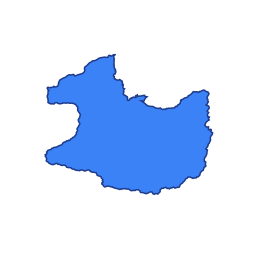 El Tambo, Nariño, Colombia (Natural Earth projection), rotated 63°
{"feature_id": "7082276B27137373904269", "entity_name": "El Tambo", "entity_type": "district", "adm_level": 2, "iso_a3": "COL", "parent_name": "Colombia", "parent_adm1": "Nariño", "projection": "natural_earth1", "projection_center": [-77.398, 1.43], "detail": "fine", "context": "isolated", "style": "filled", "palette": "blue", "viewbox_px": 256, "rotation_deg": 63, "n_neighbors": 0, "source": "geoboundaries", "source_scale": "gbopen_adm2", "svg_char_len": 5859}
<svg xmlns="http://www.w3.org/2000/svg" viewBox="0 0 256 256"><g transform="rotate(63 128 128)"><path d="M180.8,65.5L180.3,65.3L179.5,64.2L178.9,64.0L178.5,62.7L176.2,59.9L174.0,59.1L172.5,57.3L172.2,56.1L170.8,54.8L170.5,54.8L169.4,55.6L168.5,55.8L167.9,54.8L167.0,54.7L166.6,55.1L166.6,56.4L166.2,56.9L165.8,57.2L165.4,56.7L163.5,55.8L162.7,57.8L160.4,58.3L158.5,56.2L157.8,53.8L157.7,52.0L155.7,52.1L155.5,50.9L155.2,50.5L154.1,51.6L153.6,51.8L151.8,50.8L150.8,49.1L149.1,49.9L148.2,48.8L147.5,47.1L146.9,46.5L146.2,46.2L144.9,46.3L144.0,47.0L143.5,47.9L142.9,48.0L142.6,46.7L141.0,44.4L140.1,44.7L138.7,43.8L137.9,44.1L137.0,44.0L135.8,42.6L134.6,40.6L133.9,40.2L132.1,40.5L130.6,42.1L129.2,42.6L128.7,43.1L128.3,44.3L128.4,46.6L127.9,47.8L128.3,48.4L127.7,49.2L127.8,49.9L126.9,50.3L126.4,51.7L125.3,53.2L125.4,53.9L126.2,55.4L126.7,57.5L126.7,59.8L127.4,60.6L127.4,62.3L127.0,63.3L127.0,64.7L127.3,66.5L127.0,67.4L127.1,68.3L127.3,68.5L127.8,68.2L128.3,69.2L129.9,70.6L129.9,71.3L130.1,71.5L130.1,73.1L130.5,74.1L131.0,74.4L130.4,75.8L130.7,76.2L130.7,77.0L131.1,77.7L131.1,78.1L130.1,79.7L129.8,81.0L128.7,83.1L128.5,84.2L128.0,84.9L128.1,85.4L128.6,86.0L127.5,87.3L127.1,89.0L125.3,90.0L124.9,90.0L124.3,92.3L123.4,93.2L123.0,94.1L121.0,95.4L119.7,96.6L119.3,97.7L118.4,98.7L117.9,99.7L117.2,100.4L111.6,102.8L109.8,103.9L110.4,102.8L111.2,102.1L111.2,101.5L109.9,100.0L109.1,98.2L108.8,96.9L107.1,98.9L106.4,98.5L105.7,100.3L105.6,101.4L104.5,103.8L104.2,105.2L102.8,104.7L102.9,105.4L102.7,106.1L102.8,106.6L104.3,107.0L104.1,107.8L103.2,108.5L102.8,109.3L103.1,110.4L102.8,111.0L103.1,111.1L103.2,111.7L102.7,112.7L103.7,113.9L103.7,115.1L103.2,115.6L102.7,115.8L102.1,115.2L101.6,115.2L100.6,114.6L100.3,114.8L99.6,114.5L98.3,115.5L97.7,115.6L97.2,116.3L95.4,116.8L93.9,115.2L93.1,115.3L92.6,114.7L91.9,114.5L91.5,113.3L90.7,114.0L89.9,114.2L88.9,113.8L87.6,112.6L87.2,112.7L87.2,113.4L86.7,113.5L86.7,113.1L85.7,112.5L84.6,112.3L84.1,112.5L83.6,112.0L83.3,112.5L82.0,112.8L81.0,113.5L81.2,114.6L80.7,115.1L80.5,115.8L79.4,116.8L78.6,116.9L78.2,117.7L76.9,117.5L76.0,116.8L75.7,117.1L74.5,117.1L73.7,116.2L74.0,114.8L73.0,114.0L72.7,113.5L72.0,113.2L71.1,113.5L70.8,112.8L70.2,112.7L68.7,112.9L66.3,112.4L65.8,111.7L64.9,111.8L64.3,111.2L62.5,110.4L61.9,109.8L60.9,109.6L60.0,108.7L59.3,108.9L58.1,108.3L57.6,108.4L57.1,107.5L57.1,106.6L56.8,106.3L56.2,107.5L56.4,110.3L55.0,111.3L54.7,111.9L54.8,112.6L55.7,113.4L55.8,114.2L54.1,116.9L53.0,120.4L52.6,123.0L52.9,123.5L53.0,125.8L52.8,127.5L52.1,129.1L52.2,130.1L52.5,130.9L52.4,132.7L53.8,136.7L54.0,138.6L54.9,139.6L55.9,140.1L56.9,140.2L57.6,140.8L58.4,142.0L58.7,144.0L57.8,148.9L57.7,151.1L57.1,152.0L55.8,152.0L55.4,152.4L54.9,154.8L54.0,155.9L53.8,156.8L53.9,158.8L54.4,160.4L54.1,163.2L54.4,167.1L56.2,169.4L57.7,170.2L58.6,171.4L58.7,172.3L58.7,173.3L58.3,174.6L57.2,175.1L57.5,176.2L57.4,177.0L56.8,178.4L56.5,179.8L55.4,180.7L55.4,181.5L55.9,181.9L57.6,182.0L58.7,181.6L59.0,182.6L61.7,184.0L61.8,184.4L62.2,184.6L62.7,185.4L64.2,186.0L65.4,185.9L66.1,186.4L68.0,186.9L68.5,187.6L69.4,187.6L70.1,187.0L70.4,186.4L70.7,186.5L70.9,186.2L71.5,185.9L71.7,185.1L73.0,183.0L72.5,181.9L72.9,180.1L73.3,179.7L74.2,179.3L75.3,178.1L76.0,176.4L76.5,173.7L77.7,172.0L78.2,170.3L79.4,168.8L80.6,166.4L81.8,165.1L82.4,164.8L82.8,164.1L85.3,163.7L86.4,163.3L89.4,164.8L90.6,164.8L94.2,164.3L96.6,166.2L97.9,168.4L98.3,168.7L100.0,169.1L102.2,168.8L104.5,172.0L105.3,173.5L105.8,173.9L107.4,174.1L107.8,174.5L108.6,176.1L110.2,177.0L110.7,178.6L111.6,179.8L111.3,181.1L111.8,182.8L111.7,183.8L112.6,185.6L111.9,186.5L112.1,187.2L111.6,188.5L112.0,190.6L111.6,191.1L111.6,192.0L111.8,192.8L112.8,194.4L112.9,195.3L112.5,196.8L112.5,200.5L111.7,202.8L111.8,204.0L111.5,205.1L112.2,206.4L111.7,208.0L111.8,209.2L111.6,209.7L111.9,210.3L112.5,210.7L112.5,211.4L113.6,211.7L114.1,212.1L114.2,213.7L114.9,213.5L114.9,214.0L115.6,214.6L116.7,214.3L118.4,214.3L119.9,215.6L120.4,215.8L122.3,214.6L123.7,214.3L125.9,212.5L126.8,211.0L126.9,207.8L127.9,207.1L128.3,207.1L129.0,206.1L129.3,205.5L130.3,205.0L131.5,203.7L131.8,202.4L132.3,201.4L133.8,200.5L135.0,200.5L136.4,198.9L137.2,197.2L137.9,196.8L138.8,196.6L139.6,195.8L140.2,194.7L141.4,194.2L142.9,192.3L143.4,191.1L144.1,190.5L144.0,189.1L144.5,188.0L146.6,186.2L146.9,185.6L147.1,182.9L147.5,182.0L148.0,181.6L148.7,181.7L149.1,181.0L149.8,181.0L150.7,180.5L153.3,176.7L156.3,176.9L158.8,174.4L159.5,174.2L160.6,174.5L161.9,173.9L163.0,174.1L163.4,174.9L164.1,174.6L165.0,174.9L165.2,175.2L165.1,176.2L165.9,176.7L166.3,176.7L166.8,176.3L168.9,176.0L170.0,175.4L170.2,174.7L170.3,173.1L170.8,171.9L171.3,171.5L171.8,170.6L172.4,170.3L173.0,169.5L173.2,168.8L173.7,168.7L175.3,167.3L178.1,164.0L178.8,163.6L179.0,162.5L179.5,162.1L179.4,161.6L179.6,160.7L180.0,160.1L180.6,158.0L181.6,157.4L182.5,155.3L184.8,154.0L185.5,153.3L186.2,151.1L186.9,150.2L186.8,148.6L187.5,147.2L188.0,146.7L189.4,146.0L191.1,146.1L192.4,144.0L194.3,142.2L195.0,141.1L195.0,137.1L196.2,135.6L197.7,135.7L199.0,134.8L198.9,133.4L199.5,132.1L200.3,131.6L200.3,130.8L199.5,129.2L199.4,128.3L197.5,127.3L197.4,126.4L197.0,125.6L197.8,123.8L197.7,123.0L198.0,121.3L198.3,121.0L198.8,121.0L199.6,120.6L200.1,119.5L201.1,118.6L200.8,117.9L200.9,116.9L201.3,116.2L201.3,114.5L201.5,114.0L202.9,113.4L203.2,111.1L203.7,110.1L203.9,109.0L202.7,107.8L202.1,106.8L201.8,105.2L201.8,104.4L201.5,104.2L200.8,101.6L199.7,100.1L199.5,99.4L199.6,97.9L198.9,96.9L200.0,94.8L200.8,94.3L201.2,93.7L201.9,93.5L202.4,92.9L202.6,91.7L203.4,90.0L202.8,89.0L203.4,87.9L202.7,85.6L200.7,83.8L199.9,81.9L199.8,80.2L197.6,78.0L197.5,76.2L196.6,75.6L196.0,75.9L193.7,74.2L193.4,74.3L192.7,75.1L192.3,75.0L191.8,74.6L191.2,74.7L190.8,74.5L189.2,73.1L188.9,72.0L187.4,70.1L186.3,69.1L185.0,68.4L183.6,67.2L182.6,68.1L181.7,67.8L180.8,65.5Z" fill="#3b82f6" stroke="#1e3a8a" stroke-width="1.5"/></g></svg>